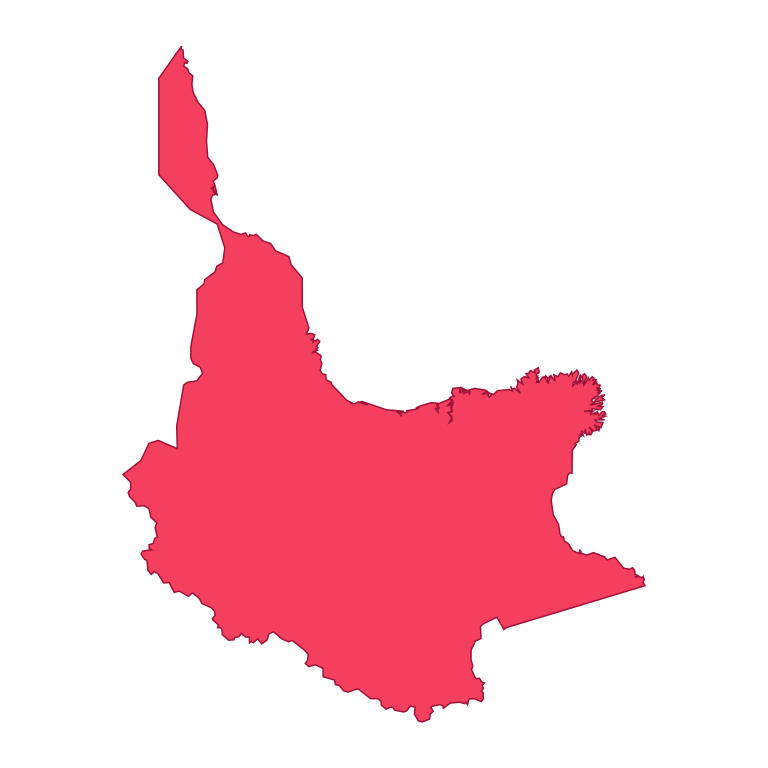 Ijivitari District, Northern, Papua New Guinea (Mercator projection)
{"feature_id": "67681753B98961984818312", "entity_name": "Ijivitari District", "entity_type": "district", "adm_level": 2, "iso_a3": "PNG", "parent_name": "Papua New Guinea", "parent_adm1": "Northern", "projection": "mercator", "projection_center": [148.78, -9.036], "detail": "fine", "context": "isolated", "style": "filled", "palette": "rose", "viewbox_px": 768, "rotation_deg": 0, "n_neighbors": 0, "source": "geoboundaries", "source_scale": "gbopen_adm2", "svg_char_len": 6120}
<svg xmlns="http://www.w3.org/2000/svg" viewBox="0 0 768 768"><path d="M475.4,641.1L481.0,638.4L480.4,626.7L482.8,624.1L496.9,617.1L503.9,629.6L506.3,627.6L645.0,585.7L643.1,582.5L644.3,579.4L643.2,576.5L642.5,577.7L638.4,576.4L634.8,577.3L637.5,575.4L635.1,574.4L634.6,570.1L632.4,567.7L629.8,569.2L623.7,568.2L614.9,557.3L607.0,560.0L604.7,556.9L593.3,552.6L586.7,555.1L580.8,553.1L579.1,551.3L580.2,553.7L572.8,550.8L568.4,543.7L564.3,540.8L563.5,536.9L561.9,537.0L560.0,534.2L558.6,524.6L553.1,514.4L551.2,500.3L552.3,494.0L554.8,489.4L566.6,483.9L567.6,475.7L569.6,472.8L572.0,473.2L572.3,450.2L576.3,444.7L575.0,443.6L578.7,441.2L579.2,437.4L580.8,436.4L579.6,435.3L581.6,435.1L580.6,433.3L583.2,435.4L581.8,431.5L585.2,433.3L585.1,429.3L586.9,435.1L589.1,432.9L589.2,434.8L591.1,434.6L592.4,431.7L589.1,427.0L593.5,431.1L596.8,430.1L596.4,428.2L598.9,430.6L599.6,428.2L593.9,424.8L600.9,427.6L603.0,422.5L596.3,421.9L596.1,420.4L594.1,420.0L604.6,419.9L599.2,418.2L605.4,416.2L603.1,415.4L605.8,414.0L604.4,411.8L602.4,411.6L598.6,415.5L597.9,412.8L595.2,414.1L596.5,412.2L590.9,414.6L590.4,413.3L593.4,411.1L584.0,411.4L592.3,410.3L592.1,408.7L600.5,409.8L603.2,406.5L598.2,406.3L602.7,404.0L602.3,402.3L590.0,405.1L595.0,402.1L604.5,399.9L601.5,397.7L605.0,394.5L599.1,396.5L593.9,402.2L591.4,400.6L592.4,398.8L595.0,398.6L593.9,397.4L596.5,396.8L601.9,390.6L597.4,393.0L599.6,390.7L597.3,390.1L600.9,388.7L596.1,388.3L599.7,387.0L600.0,385.0L596.9,384.8L596.7,382.1L592.7,385.1L596.2,379.8L594.2,379.0L592.5,381.1L593.8,378.1L592.2,376.7L589.4,380.1L588.5,377.8L583.9,385.0L583.5,383.0L586.8,376.9L584.4,373.6L582.9,375.1L582.1,382.1L581.0,380.8L579.7,383.2L579.0,381.7L581.5,376.5L580.1,375.0L577.2,383.8L576.6,381.7L572.9,385.9L572.9,382.6L575.1,382.0L578.7,373.0L576.9,370.0L572.2,374.5L572.5,376.7L571.7,371.8L568.6,376.3L567.2,374.0L564.5,374.7L560.3,372.9L558.0,376.7L553.8,374.8L555.2,381.4L550.8,375.5L549.6,376.5L550.5,377.6L548.9,377.8L549.6,379.9L547.6,380.7L548.9,383.9L546.7,381.3L547.8,377.9L545.6,375.9L545.2,378.2L544.6,376.8L542.4,377.3L539.2,382.1L538.1,382.4L538.2,380.9L536.2,382.9L538.1,377.8L536.4,378.1L537.7,376.2L536.4,376.3L536.4,374.1L539.1,372.6L538.3,367.7L534.2,370.1L535.1,372.7L530.3,370.5L528.7,373.4L526.0,373.6L528.8,377.7L524.3,376.6L520.9,379.1L522.8,383.9L517.2,379.9L518.1,383.7L516.5,387.1L520.6,393.5L514.2,388.2L512.3,389.1L510.6,386.4L512.3,391.0L509.3,389.5L497.4,390.7L493.7,394.4L490.5,393.4L491.2,394.8L489.5,397.2L488.1,395.8L489.1,394.0L482.7,393.8L485.6,392.0L489.8,393.4L485.6,390.2L474.9,388.4L468.1,390.2L469.9,391.5L469.5,393.8L468.4,391.4L464.0,393.5L465.0,391.7L462.1,392.0L462.6,390.2L467.4,390.6L460.8,387.4L460.3,393.6L459.4,387.8L452.9,388.4L451.6,393.1L454.7,396.9L452.7,395.9L449.7,398.0L452.8,400.4L451.7,402.4L453.0,402.5L451.6,408.4L452.5,411.3L448.7,413.1L452.1,417.2L451.9,420.8L449.2,422.7L451.5,417.9L448.0,412.5L451.7,411.3L451.0,408.3L451.6,403.6L450.1,405.3L447.6,405.7L452.1,400.8L449.3,399.2L438.3,403.8L437.6,406.1L438.9,407.6L437.4,410.8L438.8,413.1L435.5,408.6L438.1,407.9L436.8,405.4L437.4,403.2L431.4,402.6L419.0,406.4L415.7,408.2L419.6,407.3L416.8,409.1L406.1,410.8L409.0,411.0L406.5,412.5L399.9,412.5L401.7,416.2L397.2,411.9L403.8,411.2L386.4,409.8L362.0,401.5L360.9,401.8L366.5,404.0L367.4,405.0L358.3,401.8L355.0,403.9L350.4,403.3L352.7,403.2L347.0,400.5L331.7,384.6L331.2,382.2L326.1,379.9L325.8,374.7L322.2,373.9L320.2,370.3L321.9,363.4L320.4,359.9L321.1,355.8L315.7,352.0L312.8,352.7L314.1,350.9L317.4,350.3L316.3,348.8L318.0,347.8L316.4,346.5L319.7,341.5L317.5,339.4L313.2,342.2L313.7,340.2L310.4,339.8L313.2,339.2L314.7,334.9L311.3,333.4L306.2,334.2L308.9,328.1L302.3,307.4L302.2,277.8L291.2,264.7L288.9,256.7L275.6,250.8L270.6,243.6L263.0,240.9L256.2,234.3L253.8,235.5L249.7,234.8L249.6,236.3L247.3,235.9L245.6,232.9L240.9,234.5L233.3,231.9L222.6,224.7L213.4,212.0L210.8,199.0L212.6,195.0L215.4,194.4L211.6,188.1L215.0,185.5L213.2,181.1L217.1,178.0L217.8,175.4L213.7,164.9L207.7,157.3L206.5,140.8L207.5,124.4L204.7,110.3L198.3,102.7L193.3,92.8L191.9,84.6L192.7,75.8L189.0,72.8L187.7,68.9L183.8,66.3L184.5,62.7L186.9,63.4L187.9,61.4L183.5,57.8L183.1,50.1L180.9,49.3L181.6,46.1L158.8,78.3L158.8,174.7L190.2,209.5L217.2,224.1L224.8,247.8L222.8,262.7L216.8,266.2L215.1,271.8L204.7,279.6L204.1,283.7L196.9,289.9L197.0,313.8L190.9,346.2L190.8,358.3L193.5,363.8L200.3,367.3L202.5,373.4L196.8,380.9L187.3,382.3L183.7,385.0L176.7,425.9L177.3,448.7L158.3,440.4L148.9,443.4L140.9,460.5L123.0,474.5L130.6,482.2L130.7,489.2L128.1,492.5L129.6,496.7L135.0,502.0L136.7,506.1L144.4,505.8L149.0,508.8L150.8,517.1L156.8,522.8L155.2,527.7L157.2,536.8L154.6,538.6L153.2,543.5L149.1,544.7L149.3,548.7L151.6,549.7L142.7,551.1L141.1,554.3L144.7,559.5L146.9,560.2L148.0,570.5L151.4,574.4L154.0,571.7L157.6,573.3L163.7,582.9L169.2,582.6L174.2,592.3L179.4,591.2L188.5,596.3L192.5,592.8L199.4,598.6L201.9,603.5L211.3,607.7L214.7,611.4L214.9,615.8L212.3,618.6L213.2,620.3L218.4,624.9L217.6,627.7L220.4,627.7L222.0,629.3L222.2,634.6L228.6,640.2L233.9,639.8L234.9,637.5L239.0,636.6L241.3,633.3L245.3,636.9L249.4,637.2L249.5,642.7L251.1,641.5L253.3,642.8L257.6,638.8L261.9,643.9L267.1,640.0L269.0,633.7L273.6,631.8L281.8,638.9L288.5,641.8L292.2,640.5L304.0,649.7L308.3,654.3L307.6,660.2L305.3,663.5L309.0,666.6L315.3,664.7L323.0,668.4L323.2,676.8L334.5,680.0L335.5,684.7L339.1,685.4L343.6,690.8L348.1,692.0L358.0,688.7L370.4,698.6L378.1,698.7L381.0,701.2L381.4,705.3L386.2,709.1L390.1,707.2L393.0,707.6L394.6,710.1L403.5,712.0L406.5,711.0L410.6,705.8L415.1,707.4L414.4,714.0L418.3,720.9L422.2,721.9L429.6,719.1L430.2,714.1L433.2,711.3L430.8,707.4L432.0,706.3L440.1,704.6L443.0,705.9L443.3,708.3L450.4,703.0L460.0,702.2L464.4,703.6L466.0,702.3L467.5,704.7L469.1,698.8L475.1,698.9L481.2,701.6L483.4,698.9L483.1,692.7L481.4,691.0L483.4,688.3L482.2,685.5L484.4,683.0L482.2,682.5L479.3,678.2L476.5,678.7L475.0,677.3L471.5,669.6L472.8,666.2L471.0,659.5L471.1,650.1L475.4,641.1ZM217.3,195.5L215.3,187.0L214.1,186.6L212.6,188.7L217.3,195.5ZM581.2,552.5L580.3,550.4L579.9,550.2L579.8,551.2L581.2,552.5Z" fill="#f43f5e" stroke="#9f1239" stroke-width="1.5"/></svg>